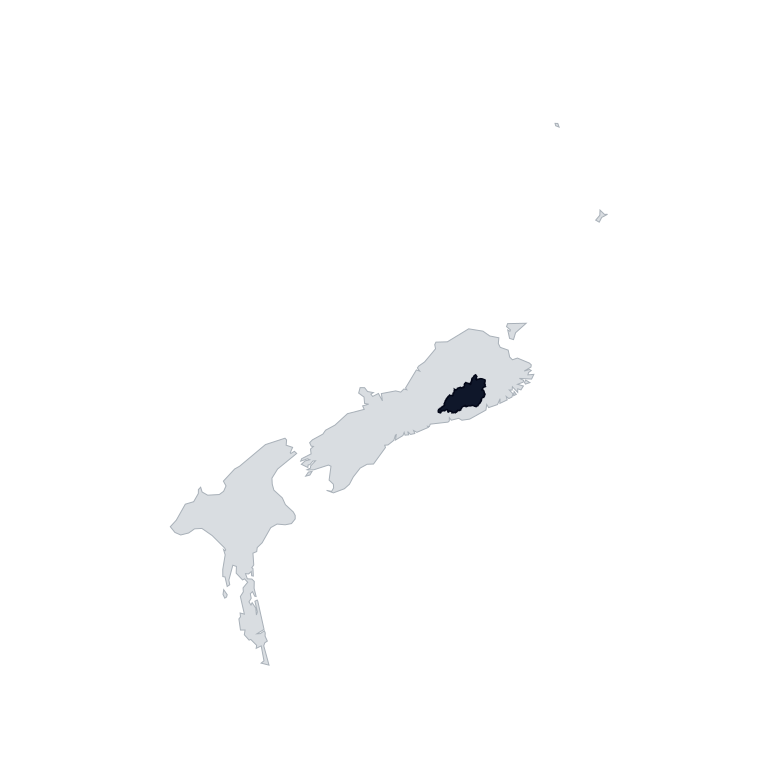 location of Queenstown-Lakes District, Otago, New Zealand, rotated 200°
{"feature_id": "76426892B58919482239418", "entity_name": "Queenstown-Lakes District", "entity_type": "district", "adm_level": 2, "iso_a3": "NZL", "parent_name": "New Zealand", "parent_adm1": "Otago", "projection": "mercator", "projection_center": [168.951, -44.661], "detail": "fine", "context": "in_parent", "style": "filled", "palette": "ink", "viewbox_px": 768, "rotation_deg": 200, "n_neighbors": 0, "source": "geoboundaries", "source_scale": "gbopen_adm2", "svg_char_len": 9207}
<svg xmlns="http://www.w3.org/2000/svg" viewBox="0 0 768 768"><g transform="rotate(200 384 384)"><path d="M405.7,288.6L408.5,288.8L420.7,279.3L425.7,277.3L427.0,277.1L424.3,279.9L424.9,281.9L422.1,288.4L424.5,287.3L426.0,282.9L427.6,282.0L427.0,279.5L434.2,280.3L431.8,284.8L427.9,287.4L430.3,287.6L435.9,283.0L435.8,285.7L428.6,293.4L430.8,297.7L429.0,301.2L431.1,300.7L433.8,303.4L432.2,307.0L424.3,316.0L423.1,320.6L416.0,328.6L408.2,343.6L393.9,353.4L396.6,356.1L391.5,359.8L395.6,359.1L398.3,364.9L404.7,366.8L405.2,372.4L401.0,373.9L396.9,371.3L391.0,372.3L392.9,370.0L390.4,368.4L386.0,373.2L379.7,367.6L383.2,374.1L370.7,381.5L365.5,382.1L363.6,386.1L360.6,386.4L362.4,387.7L358.4,408.3L354.8,408.3L358.1,410.5L357.6,412.6L353.4,418.6L347.6,434.7L349.8,438.4L349.5,441.1L338.9,445.3L323.3,464.8L309.1,467.5L301.1,465.3L291.9,466.7L290.4,461.1L287.3,458.2L278.9,458.3L275.1,452.3L271.6,450.7L267.5,454.0L254.6,453.4L252.2,452.4L251.7,450.2L256.7,444.1L252.2,447.4L250.2,447.0L252.1,444.3L251.9,441.8L246.5,444.3L247.0,439.1L258.7,435.6L254.1,435.2L253.8,433.4L258.4,429.4L252.3,429.8L253.3,425.3L256.7,425.2L255.5,421.9L262.4,425.3L261.5,422.1L264.2,421.2L259.5,418.9L259.3,415.5L261.7,413.0L264.9,414.1L262.8,411.2L268.5,405.4L269.9,409.9L270.3,403.5L277.6,397.6L280.5,399.9L279.3,394.4L291.5,380.3L298.4,376.6L302.1,377.3L308.4,373.0L311.1,374.7L310.0,371.6L310.8,370.1L326.8,362.1L326.8,359.6L328.6,359.2L327.4,358.5L336.6,349.8L340.3,350.4L338.1,348.0L341.8,345.7L345.5,347.4L343.4,344.7L346.8,343.1L348.5,345.4L348.6,342.0L354.1,335.2L355.1,340.6L355.8,339.9L355.5,334.4L359.4,328.1L362.4,326.7L360.9,324.8L366.5,305.2L372.4,302.8L377.6,296.9L381.1,286.1L382.2,278.0L385.4,272.0L394.3,264.4L401.6,264.4L396.5,265.2L395.8,269.1L397.3,272.5L402.7,274.9L405.7,288.6ZM402.1,82.8L409.8,95.9L413.7,91.9L414.3,94.9L421.8,98.4L423.2,97.2L429.5,100.6L430.4,105.3L434.7,103.7L440.0,113.6L439.2,116.1L440.9,119.6L436.5,120.0L446.3,135.2L445.1,140.6L446.7,144.2L444.3,151.1L448.4,153.2L449.9,151.5L458.2,155.7L460.3,162.1L464.1,162.0L462.7,146.6L460.3,142.6L462.1,140.1L467.4,148.3L469.6,147.9L472.1,154.6L474.8,169.1L478.2,173.6L476.3,172.9L476.0,174.0L477.7,175.4L493.6,182.8L505.7,186.0L512.5,183.1L516.6,177.2L523.4,172.6L529.7,173.0L536.0,176.8L532.6,185.0L529.6,203.1L522.6,208.3L521.0,217.6L522.3,221.3L521.0,224.3L518.0,220.3L511.7,219.2L501.0,223.8L498.0,228.3L497.6,234.2L501.7,237.8L495.3,253.0L491.6,257.3L474.7,286.5L458.5,299.2L456.4,298.1L455.0,293.0L448.2,293.2L448.6,287.4L447.8,286.8L445.2,290.1L442.3,288.9L454.9,267.7L457.1,257.2L454.8,251.7L451.2,246.6L440.6,242.2L435.4,236.9L425.4,232.7L422.5,230.1L421.3,226.8L423.2,221.2L428.7,217.9L436.6,215.8L441.3,210.3L444.2,193.1L447.2,186.9L446.3,183.0L449.3,180.2L444.5,169.4L445.4,166.1L444.0,165.7L441.1,158.8L442.8,158.6L444.6,162.4L446.3,159.2L449.3,158.4L445.8,154.2L441.4,155.5L438.4,154.1L436.2,147.6L431.5,140.6L432.9,140.4L436.6,143.9L437.9,141.2L435.5,137.2L436.4,133.1L433.4,130.8L433.1,133.4L427.9,129.6L424.9,123.3L425.0,126.5L431.0,135.7L429.3,137.6L428.3,136.7L412.8,112.4L418.0,105.8L414.9,107.1L412.0,111.2L410.5,109.5L409.5,106.4L405.7,102.5L407.5,100.1L407.5,96.9L395.9,80.5L404.0,79.7L402.1,82.8ZM281.6,469.8L286.2,477.1L283.7,476.6L283.7,478.1L288.5,479.8L288.5,483.0L271.2,489.7L277.9,477.2L277.5,470.0L281.6,469.8ZM238.9,616.4L240.5,621.3L234.9,618.8L232.0,619.9L236.4,615.0L237.1,609.7L241.1,610.4L238.9,616.4ZM463.3,131.2L464.3,135.9L459.3,132.4L459.1,130.0L460.4,128.3L463.3,131.2ZM424.9,275.4L421.7,277.2L422.5,273.1L426.1,270.6L424.9,275.4ZM252.6,433.7L252.2,436.2L247.4,435.2L251.1,432.3L252.6,433.7ZM311.0,685.4L312.4,687.4L309.8,688.3L307.3,685.3L311.0,685.4ZM258.2,417.4L259.2,421.5L256.1,419.5L258.2,417.4Z" fill="#d9dde1" stroke="#a8b0b8" stroke-width="1"/><path d="M291.0,394.2L290.4,394.2L290.1,394.3L289.7,394.2L289.3,395.0L288.7,395.4L288.3,395.8L288.4,396.4L288.4,396.9L288.4,397.0L288.1,397.1L288.1,397.4L288.1,397.7L287.9,397.8L287.6,398.5L287.4,398.9L287.5,399.2L287.2,399.3L287.3,399.6L287.1,400.1L287.3,400.4L287.2,400.7L287.2,400.8L286.9,401.0L286.8,401.5L286.8,401.8L286.9,402.1L287.1,402.4L287.1,402.6L287.5,402.5L287.6,402.8L287.3,403.4L287.3,403.7L287.3,403.9L287.2,404.0L287.1,404.4L287.0,404.6L286.8,404.8L286.7,405.4L285.8,405.5L285.8,405.9L285.7,406.0L285.6,406.3L285.7,406.7L285.5,406.9L285.5,407.3L285.8,407.4L285.8,407.9L285.9,408.0L286.0,408.3L286.0,408.5L285.8,408.6L286.0,408.8L285.8,408.9L285.9,409.0L285.9,409.3L286.3,409.4L286.3,409.5L286.6,409.7L286.9,410.1L286.9,410.3L286.9,410.5L287.1,410.7L287.5,411.2L288.0,411.5L288.0,411.8L288.4,412.1L288.7,412.2L289.3,412.2L289.5,412.1L289.7,411.8L289.8,411.7L289.9,411.8L290.2,412.2L289.7,412.7L289.8,412.9L289.9,413.1L289.8,413.8L289.6,414.2L289.6,414.4L289.5,414.9L289.2,415.1L289.1,415.3L288.6,415.6L287.9,416.2L288.5,416.5L288.4,417.0L288.6,417.1L288.7,417.3L288.8,417.6L288.7,417.9L288.8,418.1L289.2,418.4L289.6,418.5L289.9,418.8L289.9,419.0L289.6,419.6L289.9,419.8L290.1,420.2L290.1,420.4L290.0,420.8L290.0,421.1L289.9,421.3L290.5,422.4L293.8,422.4L295.7,421.8L295.9,421.5L296.3,421.2L296.6,421.0L296.8,420.8L297.0,420.8L297.3,420.7L297.6,420.5L297.6,420.4L297.9,420.2L298.3,419.6L298.5,419.7L298.9,419.6L299.1,419.7L299.1,420.1L299.3,420.6L299.2,420.7L299.2,420.9L299.4,421.2L299.3,421.4L299.5,421.9L299.3,422.8L300.0,423.2L300.8,423.8L300.9,423.6L301.3,423.7L301.4,423.2L301.6,423.1L301.8,423.0L301.9,422.7L302.2,422.4L302.2,422.2L302.2,421.3L302.4,421.1L302.4,420.9L302.6,420.3L303.1,419.7L303.2,419.4L303.0,419.0L303.1,418.8L303.0,418.7L303.1,418.4L302.9,417.6L302.6,417.6L302.5,417.4L302.6,417.1L302.6,416.9L302.8,416.8L302.8,416.5L302.9,416.4L302.8,416.2L302.8,415.9L302.6,415.7L302.6,415.3L302.6,414.9L302.6,414.7L302.8,414.7L302.7,414.4L302.8,414.2L302.4,413.7L302.5,413.4L302.7,413.0L303.2,413.0L303.3,413.3L303.8,413.4L304.0,413.7L304.3,413.6L304.5,413.4L305.0,413.3L305.6,413.4L306.1,413.3L306.4,413.2L306.6,413.0L307.4,413.4L307.8,413.3L307.9,413.1L307.7,412.5L307.8,412.3L307.9,412.1L308.3,411.9L308.3,411.5L308.4,411.3L308.3,410.9L307.8,410.1L307.9,409.4L308.0,409.1L307.8,408.8L308.0,408.8L308.1,408.6L308.2,408.3L308.1,408.1L308.2,407.8L308.4,407.8L308.6,407.9L309.0,407.8L309.1,407.6L309.3,407.4L309.4,407.2L309.5,407.0L309.6,406.8L310.4,406.9L310.5,406.8L310.8,407.0L311.0,407.0L311.1,406.9L311.3,406.9L311.5,406.6L313.0,405.5L313.0,405.2L313.4,405.0L313.3,404.8L313.5,404.3L314.1,403.2L314.4,403.2L314.5,403.1L314.9,402.9L315.0,403.0L314.9,403.1L315.4,403.1L315.5,403.0L315.9,403.1L315.7,402.8L315.8,402.5L315.7,402.4L315.8,402.0L315.6,401.9L315.4,401.2L315.5,400.8L315.2,400.3L315.2,400.2L315.4,399.8L315.4,399.6L315.4,399.4L315.7,399.3L315.9,399.1L315.9,398.9L315.8,398.7L315.7,398.2L315.5,397.9L315.5,397.6L315.6,397.2L315.4,397.2L315.3,396.9L315.3,396.6L315.4,396.4L315.9,396.4L316.0,396.4L316.4,396.4L316.6,396.4L317.0,396.1L317.8,395.9L318.2,395.9L318.6,396.0L318.8,395.1L319.2,394.6L319.3,394.4L319.4,394.2L319.3,393.8L319.6,393.5L319.5,393.2L319.7,392.9L319.7,392.7L320.1,392.2L319.9,391.7L320.0,391.4L320.4,391.1L320.4,390.9L320.2,390.6L320.1,390.3L320.4,390.0L320.5,389.6L320.4,389.4L320.6,389.1L320.7,388.9L320.5,388.7L320.4,388.3L320.5,388.0L320.5,387.8L320.6,387.6L320.6,387.1L320.5,386.9L320.7,386.4L320.7,386.0L320.6,385.9L320.5,385.5L319.9,385.2L319.8,384.8L319.8,384.5L319.9,384.4L320.2,384.4L320.3,384.1L320.4,383.8L320.5,383.7L320.7,383.3L320.8,383.1L321.3,382.9L321.2,382.6L321.7,382.2L321.8,381.7L322.1,381.6L322.1,381.4L322.2,381.1L322.3,380.8L322.5,380.7L322.7,380.4L322.6,380.2L322.7,379.8L323.1,379.9L323.1,379.6L323.2,379.4L323.1,379.2L323.6,379.0L324.0,378.8L323.8,378.1L323.7,377.9L323.7,377.7L323.9,377.5L323.7,377.0L323.6,376.9L323.6,376.7L323.4,376.2L323.2,376.1L322.5,376.1L322.0,376.4L321.7,376.1L321.0,376.2L320.9,376.4L320.9,376.7L320.8,376.9L320.8,377.1L321.0,377.3L321.0,377.9L320.7,378.3L320.7,378.7L320.5,378.8L320.3,378.6L320.0,378.6L319.8,378.7L319.5,378.9L319.2,379.4L318.9,379.5L318.4,379.4L317.9,379.5L317.6,379.8L317.6,380.0L317.4,380.4L317.2,380.6L317.1,380.8L316.6,381.0L316.1,381.3L316.1,381.5L315.7,381.5L315.3,381.1L314.9,381.0L314.7,380.5L314.7,380.2L314.5,379.7L314.2,379.6L313.7,379.7L313.7,380.0L313.5,380.7L313.4,380.9L312.9,381.2L312.6,381.1L312.0,381.2L311.7,381.1L311.3,381.3L310.8,381.1L310.6,381.1L310.4,380.7L310.3,380.2L310.1,380.3L309.9,380.5L309.6,380.5L309.3,380.8L308.7,380.8L308.6,381.0L308.1,381.2L307.7,381.5L307.1,381.4L307.0,381.7L307.1,381.9L306.8,382.2L306.2,382.4L306.2,382.6L306.4,383.2L305.9,383.4L305.8,383.7L305.9,384.3L305.8,384.5L305.4,384.4L304.6,384.6L304.5,384.9L304.2,384.8L303.8,385.0L303.7,385.1L303.6,385.6L303.1,385.8L303.2,386.2L303.3,386.6L303.0,387.1L303.0,387.3L302.9,387.7L302.9,388.0L302.7,388.4L302.8,389.0L302.7,389.3L302.4,389.5L302.1,389.8L301.6,390.2L301.4,390.6L301.2,390.7L300.9,390.6L300.5,391.2L300.6,391.5L300.4,391.7L300.1,391.6L299.5,391.1L299.4,390.8L299.2,390.7L298.7,391.0L298.5,391.4L298.1,391.5L297.9,391.9L297.7,392.1L297.3,392.2L297.0,392.4L296.9,392.7L296.8,392.8L296.5,392.7L296.1,392.7L295.9,392.9L295.3,393.0L294.9,393.2L294.8,393.5L294.4,393.6L293.8,394.2L293.3,394.1L292.7,394.3L292.3,394.2L292.1,394.3L291.3,394.1L291.0,394.2Z" fill="#0f172a" stroke="#020617" stroke-width="1.5"/></g></svg>